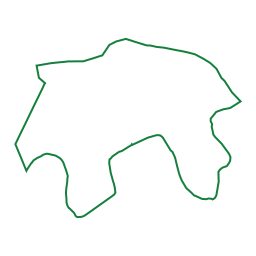 Wuli East, Upper River, Gambia
{"feature_id": "56634734B89687119950058", "entity_name": "Wuli East", "entity_type": "district", "adm_level": 2, "iso_a3": "GMB", "parent_name": "Gambia", "parent_adm1": "Upper River", "projection": "albers", "projection_center": [-13.986, 13.484], "detail": "fine", "context": "isolated", "style": "outline", "palette": "green", "viewbox_px": 256, "rotation_deg": 0, "n_neighbors": 0, "source": "geoboundaries", "source_scale": "gbopen_adm2", "svg_char_len": 2305}
<svg xmlns="http://www.w3.org/2000/svg" viewBox="0 0 256 256"><path d="M26.5,170.6L27.6,168.7L29.0,166.5L29.9,165.3L31.2,163.2L31.7,162.9L33.6,160.3L37.4,157.9L41.3,156.1L42.9,154.9L44.2,154.4L46.8,153.7L48.7,154.0L53.1,155.0L53.7,155.1L54.9,155.4L56.4,156.0L57.5,156.7L57.8,156.9L59.8,158.1L61.3,159.5L61.9,160.4L62.9,161.7L63.9,164.0L64.9,167.1L65.9,169.6L67.8,176.0L67.4,178.6L67.2,181.7L67.1,182.9L66.5,186.9L66.2,189.7L66.0,192.5L66.0,193.2L66.0,194.2L66.3,196.9L66.5,200.0L66.5,202.4L67.0,204.3L67.5,205.7L68.7,207.9L69.2,208.1L72.4,211.2L74.1,212.9L75.6,215.8L76.1,216.4L77.3,217.1L81.1,216.9L83.5,216.2L85.7,214.9L112.3,196.0L114.2,194.5L115.4,192.6L115.2,190.9L114.7,187.1L114.0,184.4L113.9,183.8L112.8,180.3L112.5,179.2L110.7,172.7L109.2,163.0L109.5,159.4L110.9,158.4L112.4,156.4L119.1,151.8L121.7,151.1L131.8,144.8L131.9,144.5L132.2,144.9L148.0,137.6L156.4,135.2L158.8,135.2L159.8,135.4L160.4,135.5L162.7,137.4L164.6,140.5L165.7,142.3L166.8,144.1L170.5,150.2L172.6,152.1L175.1,157.7L175.7,160.3L175.8,160.7L177.6,168.0L179.0,173.2L179.3,174.2L180.2,176.6L181.8,180.6L183.5,183.4L186.2,188.0L191.5,192.8L194.4,195.7L195.1,195.7L202.0,198.9L206.3,199.2L208.4,198.5L211.3,198.7L212.6,199.4L214.7,198.2L216.2,195.8L216.7,193.4L218.7,181.6L218.4,171.9L218.7,171.5L219.8,169.8L222.5,167.6L226.8,166.1L228.7,163.5L230.1,161.0L230.4,157.9L230.4,156.9L228.9,153.6L223.6,146.4L221.8,143.9L218.3,140.3L215.4,137.3L215.2,137.1L213.3,134.5L213.1,133.1L213.0,132.6L211.7,126.8L212.1,124.6L212.0,124.1L211.7,123.1L210.7,121.5L210.7,118.6L211.3,117.9L215.9,112.3L216.2,111.9L223.0,109.4L230.2,108.0L240.6,101.4L232.0,92.4L224.6,81.0L221.4,77.9L221.3,77.7L216.5,68.8L210.8,63.5L209.8,62.7L207.5,61.3L207.2,61.1L203.6,58.9L202.7,58.4L195.0,54.3L186.9,52.2L180.1,50.8L179.2,50.7L164.0,47.7L156.8,46.9L156.1,46.8L150.8,45.6L150.1,45.5L149.4,45.5L146.6,45.4L134.3,41.6L133.3,41.3L132.9,41.1L125.8,38.9L116.1,41.5L109.4,44.9L102.3,55.4L101.9,55.5L101.5,55.6L93.5,58.2L83.3,61.3L68.9,61.4L68.7,61.4L68.1,61.4L65.0,61.8L60.5,62.2L54.5,62.8L50.2,63.3L36.9,65.6L36.6,65.6L38.8,77.3L38.9,77.8L45.1,83.2L44.4,84.0L42.5,88.3L33.2,107.3L24.4,125.6L22.1,130.2L21.6,131.3L21.0,132.5L20.4,133.7L15.4,144.1L15.4,144.3L17.1,148.3L19.1,153.2L19.2,153.3L26.4,170.8L26.5,170.6Z" fill="none" stroke="#15803d" stroke-width="2"/></svg>